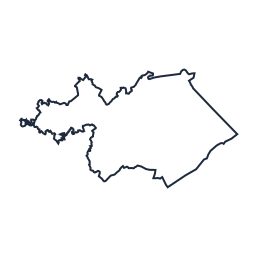 Homs, Homs (Hims), Syria (orthographic projection), rotated 326°
{"feature_id": "27442178B91557549439519", "entity_name": "Homs", "entity_type": "district", "adm_level": 2, "iso_a3": "SYR", "parent_name": "Syria", "parent_adm1": "Homs (Hims)", "projection": "orthographic", "projection_center": [36.55, 34.443], "detail": "fine", "context": "isolated", "style": "outline", "palette": "slate", "viewbox_px": 256, "rotation_deg": 326, "n_neighbors": 0, "source": "geoboundaries", "source_scale": "gbopen_adm2", "svg_char_len": 5471}
<svg xmlns="http://www.w3.org/2000/svg" viewBox="0 0 256 256"><g transform="rotate(326 128 128)"><path d="M198.5,194.6L201.0,193.7L207.9,194.7L215.1,194.2L208.8,159.0L204.2,131.5L204.5,129.8L204.4,127.1L204.9,125.2L205.0,122.9L210.4,123.0L211.2,122.3L213.7,119.8L211.6,118.6L208.7,117.6L208.4,117.1L208.1,114.9L208.2,112.8L207.5,111.2L206.0,110.5L203.8,110.8L201.5,112.3L183.8,103.4L177.6,100.7L173.0,99.4L172.5,98.7L172.8,97.4L173.7,96.8L175.0,97.1L175.6,96.9L177.6,98.2L178.3,98.1L179.2,96.8L176.2,92.6L174.9,93.3L172.2,93.6L170.6,93.2L169.5,92.6L168.5,92.5L168.3,93.1L167.4,93.8L166.9,93.9L166.7,93.0L165.3,93.1L164.7,93.5L159.9,95.7L158.3,96.6L155.9,97.1L153.2,96.3L152.4,97.3L152.2,98.1L152.4,98.7L151.8,99.4L149.1,99.4L148.8,99.7L148.1,100.0L147.3,99.7L146.9,98.9L145.8,98.2L147.2,96.2L148.0,94.3L148.1,93.5L146.8,91.9L146.1,91.9L145.5,91.5L145.3,91.1L144.4,90.6L143.7,92.1L143.2,92.5L141.0,93.1L139.4,92.4L138.1,93.0L137.5,93.8L137.5,95.6L136.9,96.0L136.2,95.9L135.5,95.2L133.1,95.8L131.5,95.5L129.5,96.4L127.0,96.8L125.7,97.3L123.6,96.9L123.2,96.3L123.1,95.5L123.4,94.6L123.5,93.5L123.2,92.1L123.5,90.5L123.4,87.5L122.1,85.0L122.6,84.3L127.4,81.7L126.9,80.4L125.7,78.1L124.2,76.3L124.1,75.4L124.2,74.2L123.7,73.4L123.1,71.9L123.8,70.8L124.1,68.5L125.4,68.0L124.6,66.8L122.7,65.6L123.4,61.6L122.7,59.7L121.7,60.3L122.0,61.5L121.7,62.1L119.4,62.5L117.7,63.2L116.6,61.4L116.1,59.4L115.5,59.4L115.0,58.7L114.5,59.2L114.5,61.1L114.3,62.1L111.7,62.4L107.7,63.4L107.4,63.8L108.3,65.6L108.2,66.1L107.5,67.5L105.8,71.6L104.9,72.9L95.6,73.8L94.3,73.1L90.8,75.2L89.8,74.5L90.1,73.4L89.8,72.4L89.0,71.4L84.9,70.4L84.3,68.9L83.0,67.2L83.1,66.3L82.1,66.4L81.6,66.0L81.8,65.6L80.9,64.6L79.7,64.0L79.0,63.3L78.6,62.2L78.5,59.9L78.0,60.0L78.0,60.3L76.5,60.6L76.4,61.0L76.7,61.7L76.4,63.3L76.0,63.9L74.6,64.5L74.6,64.2L74.9,64.1L74.5,63.5L74.0,63.4L74.0,61.7L73.2,61.3L72.7,60.1L70.1,60.1L70.3,58.9L72.2,57.6L71.9,56.5L71.5,56.3L70.8,55.7L68.8,55.9L68.8,56.2L68.0,56.7L66.6,57.4L66.3,57.8L66.5,58.8L66.4,59.1L66.5,59.9L64.7,60.6L63.5,60.5L63.5,62.0L63.8,63.5L64.2,63.7L64.2,63.9L64.1,65.9L63.8,65.8L62.7,66.6L61.6,66.9L60.9,67.3L60.5,67.2L59.7,67.5L59.6,67.3L59.3,67.2L58.7,67.8L57.8,68.0L57.3,68.7L56.3,69.4L55.7,69.2L54.3,69.7L54.2,68.1L52.4,66.9L51.8,67.7L51.6,68.6L51.0,69.3L49.7,69.5L49.6,68.8L49.3,68.6L49.1,67.9L49.4,67.0L48.5,65.4L48.3,65.3L48.3,64.8L48.1,64.8L47.7,65.5L47.2,65.3L47.4,64.6L47.7,64.2L47.1,64.3L46.8,64.1L47.0,64.0L46.8,63.7L46.5,63.9L46.5,63.6L46.0,63.4L45.6,62.5L44.8,62.3L45.0,61.1L44.6,61.1L44.5,60.8L42.9,61.3L43.1,61.9L42.8,63.7L40.9,65.4L41.0,67.1L41.5,67.8L43.5,68.5L44.3,68.4L45.2,67.9L45.3,67.3L46.0,66.5L47.8,66.1L48.2,66.6L48.1,67.1L46.5,68.4L47.7,68.9L47.8,70.3L48.1,70.9L48.5,71.2L49.0,70.9L49.2,71.1L49.6,72.0L50.1,72.0L52.0,70.9L53.3,71.1L51.9,72.3L51.5,73.1L51.1,74.9L51.7,75.4L52.9,75.7L53.4,76.9L52.8,78.3L53.8,79.7L52.2,81.4L52.2,82.3L52.8,82.7L53.9,82.1L54.5,82.2L54.8,85.3L55.2,85.7L55.7,86.9L56.1,87.0L56.9,86.2L57.3,85.8L57.7,84.7L60.1,84.6L60.4,84.8L60.2,86.3L60.4,87.0L60.9,87.4L61.6,86.8L62.0,86.8L62.1,87.7L61.9,90.4L64.0,91.2L64.2,91.9L64.2,92.5L62.5,93.2L62.0,94.2L60.7,95.3L60.7,96.1L61.5,98.3L61.5,101.9L62.6,101.2L62.9,99.9L63.4,99.6L65.0,99.9L65.8,101.0L66.3,101.4L66.7,101.3L66.7,100.6L66.6,100.1L67.1,100.1L67.2,99.8L67.5,100.2L68.1,100.2L68.5,101.7L69.0,102.0L69.3,101.4L69.3,101.0L69.5,100.6L69.0,100.3L69.0,99.8L69.2,99.7L69.1,99.4L69.6,99.4L69.0,98.7L69.5,98.4L70.2,98.9L70.6,98.7L70.7,98.4L69.9,97.3L69.4,97.3L69.3,96.9L69.5,96.7L69.0,96.3L69.4,96.2L69.5,96.0L68.9,95.4L69.9,95.6L69.8,96.1L70.2,96.4L70.7,96.6L70.9,96.1L71.1,96.2L71.1,96.6L70.7,97.3L71.0,97.9L71.5,97.3L72.1,96.8L72.1,96.5L72.3,96.6L72.0,97.6L72.4,98.7L72.3,99.3L73.1,99.4L73.6,99.2L74.3,98.3L75.2,98.4L75.5,98.0L76.1,97.8L76.2,98.1L76.7,98.0L78.2,97.0L79.2,97.1L79.5,96.6L80.5,96.7L80.9,96.0L81.3,96.2L81.4,96.7L81.9,97.3L81.8,97.8L82.0,98.6L81.7,99.3L81.2,99.7L80.2,100.0L79.3,99.9L79.2,100.9L78.7,101.3L79.0,102.3L80.0,102.7L80.5,102.4L80.6,102.0L81.6,101.9L82.4,102.2L82.7,102.8L83.3,103.2L84.0,103.3L84.8,103.2L85.2,102.2L86.7,102.8L87.9,105.2L88.8,105.9L89.8,106.0L89.7,105.3L90.2,105.0L91.0,102.2L91.5,101.2L91.9,101.0L92.9,101.6L95.5,102.0L95.8,102.4L97.1,102.9L97.4,103.2L97.8,104.5L100.1,104.9L100.1,105.6L100.4,106.0L100.9,106.2L101.1,106.7L101.4,110.0L100.9,110.2L96.8,110.2L96.6,110.5L97.0,112.4L94.9,114.5L94.3,115.4L91.6,115.3L90.2,116.2L90.2,118.4L89.9,119.7L89.1,120.1L88.0,122.6L87.5,122.7L87.0,122.1L86.6,121.9L86.6,122.8L86.2,123.0L86.2,123.5L86.0,123.8L85.6,124.0L84.6,123.6L83.9,123.8L83.9,124.1L84.3,124.5L84.3,125.0L84.0,125.7L83.6,125.8L82.4,124.8L82.1,124.8L80.6,125.7L79.8,127.4L78.1,127.8L78.2,129.6L77.9,130.1L77.6,134.2L76.3,136.0L76.2,136.5L75.2,136.7L74.8,139.6L74.5,140.4L73.5,141.5L73.8,142.5L75.2,144.0L75.0,145.4L75.4,146.2L75.8,146.4L76.5,146.3L77.1,146.7L78.8,146.7L79.5,147.1L79.9,148.1L80.0,148.7L79.2,149.8L76.8,151.7L78.0,155.3L78.1,157.9L78.4,158.9L79.8,159.4L87.1,157.8L90.8,159.1L94.5,158.5L97.4,158.3L98.4,157.5L101.2,156.8L102.5,156.7L102.4,158.8L105.5,159.5L105.9,159.9L106.1,161.7L108.8,163.3L109.7,164.3L110.6,164.6L111.6,164.3L112.6,164.6L115.0,164.5L117.6,167.5L120.0,172.1L122.6,174.8L127.3,178.1L124.9,180.8L121.0,183.8L123.3,185.4L124.8,186.1L126.3,187.9L128.9,187.8L127.7,196.5L127.8,199.3L149.2,199.4L161.5,200.3L173.3,196.6L176.4,197.3L179.9,194.8L183.6,193.1L191.6,192.1L194.8,192.3L196.3,192.5L197.4,193.0L198.4,194.1L198.5,194.6Z" fill="none" stroke="#1e293b" stroke-width="2"/></g></svg>